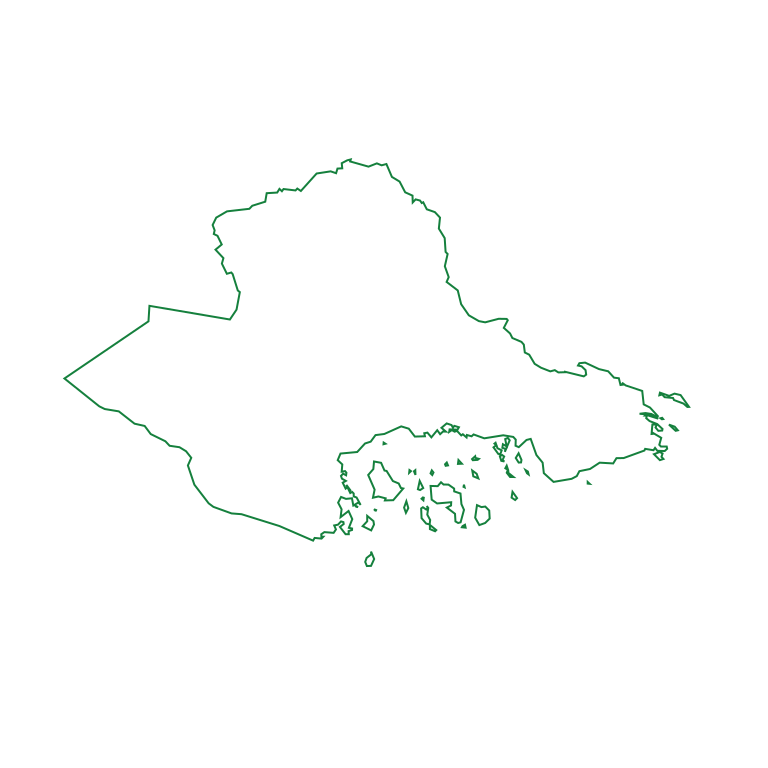 outline of Ghelaelo, Semenawi Keyih Bahri, Eritrea, rotated 120°
{"feature_id": "51966322B44831299318058", "entity_name": "Ghelaelo", "entity_type": "district", "adm_level": 2, "iso_a3": "ERI", "parent_name": "Eritrea", "parent_adm1": "Semenawi Keyih Bahri", "projection": "natural_earth1", "projection_center": [40.103, 14.909], "detail": "fine", "context": "isolated", "style": "outline", "palette": "green", "viewbox_px": 768, "rotation_deg": 120, "n_neighbors": 0, "source": "geoboundaries", "source_scale": "gbopen_adm2", "svg_char_len": 6201}
<svg xmlns="http://www.w3.org/2000/svg" viewBox="0 0 768 768"><g transform="rotate(120 384 384)"><path d="M555.1,367.1L552.0,367.1L549.1,360.8L546.6,360.2L547.5,361.9L545.5,363.2L542.1,361.6L538.1,353.2L534.0,352.9L531.4,356.4L528.8,353.5L524.5,352.5L523.9,350.1L525.4,348.9L529.8,350.7L533.3,342.2L531.7,339.4L529.1,341.1L526.4,338.7L525.1,339.4L526.1,342.5L516.9,343.9L511.7,351.2L521.0,355.0L513.7,358.1L509.7,364.4L503.3,364.7L502.5,359.5L499.0,354.6L504.6,349.8L499.4,346.9L500.4,343.8L496.0,351.0L496.5,354.0L494.0,355.5L493.4,357.6L495.3,358.7L493.4,361.5L493.2,359.2L490.2,366.1L491.9,364.1L493.8,364.9L490.1,370.4L487.0,368.6L487.0,373.1L485.1,375.3L482.1,374.6L482.0,371.2L479.6,372.2L478.9,374.2L481.1,376.8L474.5,379.9L473.1,386.0L466.0,386.9L456.3,373.2L445.0,370.7L440.6,366.7L432.5,365.8L427.1,358.7L412.1,347.9L410.3,340.2L414.1,331.0L408.8,322.4L406.5,324.5L404.4,322.1L406.5,316.3L397.4,314.8L399.4,310.3L395.6,309.1L394.3,306.6L393.2,312.3L386.8,310.0L385.8,305.0L387.4,302.4L385.1,302.2L384.0,297.5L386.8,297.5L390.5,304.5L392.9,303.6L390.0,302.2L390.0,299.0L388.1,297.3L389.9,291.4L388.1,290.6L389.0,285.8L386.7,286.7L385.5,282.0L382.9,281.2L380.9,270.0L368.8,255.1L365.2,245.6L366.3,242.1L371.7,239.2L371.3,235.7L361.2,232.6L358.2,229.5L369.3,216.5L372.8,207.3L381.3,201.0L384.0,188.2L372.3,174.1L367.4,171.0L361.8,171.2L354.6,163.1L344.3,157.9L338.2,145.8L332.0,145.6L328.3,139.4L311.4,125.2L309.6,125.4L306.6,117.5L303.8,117.3L305.2,113.9L301.7,107.4L298.5,106.4L296.8,107.9L299.7,112.9L299.0,115.2L292.0,117.0L291.9,126.0L292.4,125.8L293.5,127.3L284.9,131.3L282.7,127.5L285.9,127.1L287.4,123.0L285.2,119.8L283.7,120.3L282.1,127.4L283.3,135.5L282.5,139.8L280.1,140.5L280.8,142.0L279.6,141.5L276.9,129.2L277.0,137.1L282.0,147.8L278.4,143.0L276.3,137.5L275.9,131.1L274.9,130.8L271.4,141.9L271.8,148.9L260.9,156.9L264.4,174.0L263.9,178.5L264.9,176.5L266.6,178.7L261.6,183.5L263.5,188.0L260.9,196.2L263.6,205.3L264.9,220.5L268.3,225.2L271.0,225.2L269.9,221.7L271.2,216.4L274.8,213.6L277.5,214.8L283.2,234.4L283.2,233.0L286.8,238.8L286.6,243.0L289.9,246.3L291.4,256.2L291.2,263.6L286.0,272.9L286.3,277.8L280.0,282.6L278.8,286.0L280.0,295.8L277.2,300.1L275.5,308.3L266.9,308.7L266.3,310.3L270.2,317.3L280.0,327.2L282.1,333.3L282.1,344.9L276.3,357.1L266.1,366.9L264.3,380.8L259.1,381.4L251.6,390.2L239.6,393.9L238.8,396.7L227.3,404.4L222.0,414.2L211.9,418.7L209.7,425.9L211.3,434.3L207.0,440.9L208.4,441.8L207.1,444.5L208.3,448.9L212.4,449.9L206.6,453.5L207.4,461.5L200.9,471.7L200.7,480.7L192.3,491.9L195.8,495.4L196.5,500.5L203.5,506.1L208.2,524.6L206.1,525.1L208.7,527.7L213.9,531.0L218.1,528.0L220.7,532.0L225.4,530.9L226.5,536.5L235.4,547.6L258.4,552.5L258.1,556.8L260.6,557.4L265.4,568.5L268.1,568.8L267.3,572.1L271.6,572.2L277.4,581.0L285.5,578.0L295.5,587.2L299.6,588.2L313.0,606.3L323.8,612.5L332.0,611.9L335.6,607.5L339.2,606.4L338.9,602.3L344.3,594.3L351.9,597.1L355.3,586.0L360.8,584.6L367.1,575.2L363.8,572.0L364.5,570.0L376.1,557.4L376.5,554.8L393.3,548.9L405.2,549.7L433.6,626.2L447.5,619.3L539.0,663.5L545.7,619.4L545.3,613.3L540.3,600.0L543.1,580.2L540.0,570.3L544.0,561.0L542.9,544.7L544.7,538.8L541.0,529.5L541.2,521.8L544.3,514.0L552.6,513.1L566.0,497.9L575.0,476.2L575.7,470.3L572.3,451.3L568.0,442.3L559.3,403.6L555.1,367.1ZM480.0,317.9L464.9,315.1L465.6,317.4L462.8,321.5L463.6,327.8L458.0,338.3L458.7,340.3L453.7,347.1L456.1,353.9L463.0,350.7L470.7,352.2L480.2,339.3L488.0,336.7L484.2,332.6L482.2,325.4L484.4,325.0L480.0,317.9ZM465.5,248.5L453.0,251.8L449.3,256.9L440.6,263.0L441.9,269.5L439.5,271.0L438.9,277.9L441.3,282.2L440.6,285.5L445.6,286.4L449.0,292.7L460.3,284.9L460.9,278.3L452.8,266.7L455.7,265.2L459.6,267.8L460.9,257.6L467.3,253.4L467.3,250.3L465.5,248.5ZM454.2,238.2L458.5,230.9L453.8,226.9L447.7,225.2L441.0,229.6L439.5,235.0L441.9,238.1L442.4,242.9L454.2,238.2ZM252.2,109.8L251.3,108.4L245.3,121.6L247.1,127.6L251.7,131.1L253.5,140.7L256.1,139.9L254.0,137.8L255.1,134.4L251.6,126.7L252.9,124.8L251.2,114.8L252.2,109.8ZM482.8,274.3L478.7,276.0L475.5,281.2L469.2,283.7L468.3,286.0L469.2,284.2L471.6,284.7L471.3,288.7L473.2,289.6L481.4,284.4L483.8,277.7L482.8,274.3ZM548.0,304.3L540.5,305.0L535.6,311.4L537.9,309.9L543.3,312.1L547.5,311.3L550.2,307.8L548.0,304.3ZM517.2,321.9L510.7,322.4L508.0,324.6L506.6,332.6L511.3,329.9L517.8,331.4L517.2,321.9ZM309.2,104.5L308.3,107.3L304.9,108.0L305.0,111.2L309.8,115.1L312.0,107.0L309.2,104.5ZM382.3,245.4L369.9,247.0L368.8,249.9L371.1,251.5L376.7,246.6L376.7,250.9L380.1,249.6L379.4,246.4L382.3,245.4ZM386.6,248.2L382.6,248.9L382.9,253.6L379.1,258.0L380.4,258.5L380.9,256.2L384.1,257.5L387.4,250.1L386.6,248.2ZM484.6,300.6L479.3,300.9L474.4,306.0L481.0,304.8L484.6,300.6ZM458.2,302.0L457.8,299.7L454.5,298.0L450.1,304.6L458.2,302.0ZM383.4,226.1L381.0,227.0L376.7,232.8L382.2,232.9L384.7,228.1L383.4,226.1ZM418.6,216.7L418.9,212.4L416.3,211.7L413.1,218.8L418.6,216.7ZM414.8,264.3L419.3,260.5L418.6,255.1L415.4,258.9L414.8,264.3ZM486.7,271.7L486.0,266.1L484.4,265.7L483.1,273.8L486.7,271.7ZM399.5,233.3L401.5,228.3L399.8,225.3L398.8,231.8L396.6,233.3L393.4,236.9L396.3,236.8L396.4,233.8L399.5,233.3ZM276.7,116.9L278.7,108.0L277.2,106.4L275.6,110.9L276.7,116.9ZM391.9,244.0L390.9,241.0L390.7,243.3L386.7,243.7L386.4,246.2L388.6,247.6L391.9,244.0ZM416.2,280.0L414.1,276.7L412.6,281.5L416.2,280.0ZM405.6,269.0L402.9,265.0L401.4,264.4L402.3,267.9L401.0,268.9L405.0,270.2L405.6,269.0ZM438.7,296.7L435.9,296.9L434.9,299.4L438.1,299.0L438.7,296.7ZM469.1,244.9L467.6,241.5L465.4,243.5L467.8,244.9L469.1,244.9ZM424.0,289.7L422.5,287.9L420.6,290.4L423.0,291.0L424.0,289.7ZM444.6,314.4L447.0,311.3L443.0,313.8L444.6,314.4ZM465.1,291.7L462.6,292.7L462.8,293.6L464.6,294.1L465.1,291.7ZM445.8,318.9L448.3,317.8L446.0,317.1L445.8,318.9ZM387.8,218.4L389.8,215.5L390.0,213.6L387.9,215.6L387.8,218.4ZM275.4,127.4L275.6,125.7L274.8,124.7L274.2,126.2L275.4,127.4ZM431.2,264.4L433.3,263.7L433.2,262.5L431.2,264.4ZM504.2,346.7L503.6,344.9L503.6,348.5L504.2,346.7ZM434.9,355.0L436.4,354.3L435.0,352.9L434.9,355.0ZM367.0,158.6L368.4,157.8L367.6,156.0L367.0,158.6ZM497.5,330.0L498.0,328.2L497.7,327.7L497.1,327.8L497.5,330.0ZM279.4,143.4L278.4,140.9L278.6,142.3L279.4,143.4Z" fill="none" stroke="#15803d" stroke-width="2"/></g></svg>